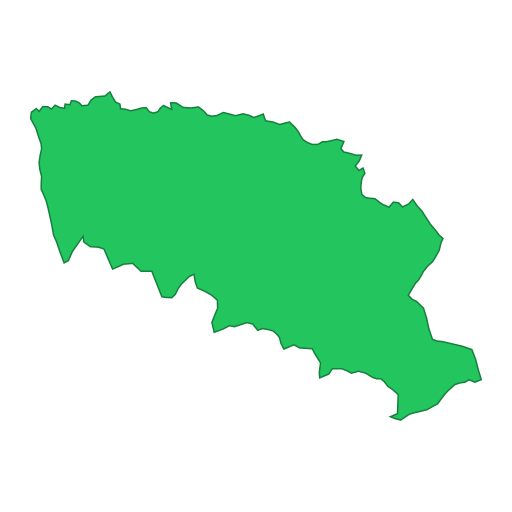 the district of Japorã, Mato Grosso do Sul, Brazil
{"feature_id": "56859067B58863435977493", "entity_name": "Japorã", "entity_type": "district", "adm_level": 2, "iso_a3": "BRA", "parent_name": "Brazil", "parent_adm1": "Mato Grosso do Sul", "projection": "natural_earth1", "projection_center": [-54.53, -23.825], "detail": "fine", "context": "isolated", "style": "filled", "palette": "green", "viewbox_px": 512, "rotation_deg": 0, "n_neighbors": 0, "source": "geoboundaries", "source_scale": "gbopen_adm2", "svg_char_len": 2880}
<svg xmlns="http://www.w3.org/2000/svg" viewBox="0 0 512 512"><path d="M412.8,199.5L408.6,204.0L402.6,207.0L398.6,202.8L393.4,202.1L389.0,207.2L382.4,204.3L379.0,201.9L374.9,198.7L369.4,198.2L365.3,197.5L361.9,194.5L360.8,188.2L361.2,182.4L362.3,177.3L364.9,173.4L363.0,168.0L359.0,170.5L355.2,166.1L359.2,161.0L361.7,155.1L356.0,155.2L350.0,153.4L343.8,152.0L340.9,148.6L343.9,141.5L336.8,139.3L330.9,140.8L326.5,141.7L322.5,141.7L317.9,144.4L312.0,144.4L306.7,142.2L302.9,139.5L300.6,135.9L298.4,131.8L295.3,127.7L289.5,122.0L285.2,123.0L279.7,124.5L273.0,122.0L265.6,120.8L263.2,114.0L259.7,115.5L253.9,117.5L248.7,115.2L243.0,113.8L235.5,115.7L229.0,113.9L223.3,112.5L217.0,115.5L211.9,116.2L207.2,115.0L203.3,110.6L198.3,106.9L191.1,108.0L183.0,107.4L176.1,102.9L170.6,102.8L171.6,109.4L168.0,107.7L163.5,105.5L160.4,108.0L158.1,111.6L153.7,113.1L149.4,111.8L146.2,107.7L141.7,108.0L136.2,109.6L130.7,110.8L125.0,109.1L120.6,108.8L119.9,104.1L115.6,102.1L113.0,97.9L109.9,91.9L105.0,96.0L95.5,96.8L91.0,100.1L88.0,105.2L82.0,105.8L79.2,102.8L75.5,101.1L71.5,100.7L69.9,104.7L65.1,104.1L64.5,108.4L59.8,107.5L55.1,105.2L51.5,109.1L47.8,106.7L42.8,106.6L39.1,111.4L36.3,108.6L31.4,112.2L30.7,118.7L36.0,128.4L38.7,137.1L41.1,143.7L41.6,148.8L40.2,155.1L39.1,162.2L39.7,168.8L41.6,176.5L41.2,183.8L41.2,189.4L43.4,194.1L46.1,200.6L47.9,207.3L49.9,216.3L51.8,225.0L53.6,235.2L56.7,242.2L59.5,250.6L64.1,262.9L68.3,260.7L72.3,251.7L83.1,236.2L83.9,242.1L90.4,246.7L98.0,247.1L103.9,248.9L112.6,269.1L123.6,264.2L132.7,263.4L141.1,271.3L151.8,271.2L161.9,296.8L166.9,297.5L171.7,297.7L175.3,294.4L178.2,288.5L181.4,284.1L189.1,276.6L194.0,274.2L195.2,281.7L197.4,288.0L205.0,291.4L211.5,295.1L217.4,300.2L217.6,308.4L215.2,314.0L211.9,322.4L214.2,332.3L223.3,328.9L229.4,325.7L234.4,326.7L240.5,324.7L246.9,322.6L252.8,324.1L257.7,330.3L262.7,328.6L268.9,329.7L273.4,331.1L276.6,334.0L279.5,337.6L280.9,343.2L283.9,349.1L293.9,344.8L299.6,347.9L306.7,348.4L312.4,348.8L314.2,352.7L320.5,362.8L319.3,372.7L319.7,377.9L328.9,374.0L332.2,368.8L341.5,368.7L346.8,370.7L351.5,373.2L358.6,371.2L365.7,373.2L372.6,377.4L376.9,378.8L381.0,378.8L384.2,381.6L387.9,386.4L392.6,389.5L398.2,394.6L397.5,413.6L390.4,416.7L394.6,418.4L400.7,420.1L409.5,414.1L414.8,412.6L420.2,411.4L427.0,409.7L433.2,406.1L437.7,403.8L440.5,399.8L444.3,394.8L447.5,391.2L454.8,384.6L459.9,382.9L465.0,382.2L469.1,379.7L474.9,382.2L481.3,379.6L478.2,369.6L475.7,359.7L471.9,349.6L462.2,346.2L457.4,345.1L442.0,341.5L437.3,341.1L432.5,339.4L429.0,329.2L427.9,324.3L426.6,318.2L423.5,308.2L416.5,301.4L412.3,299.4L408.3,295.3L412.1,288.7L415.6,283.1L418.4,280.2L421.1,275.8L423.5,271.3L427.8,266.0L432.5,261.8L435.7,256.6L439.2,250.3L441.0,242.7L443.0,238.5L439.4,235.4L435.1,229.8L430.2,224.0L427.4,219.6L424.7,215.5L422.1,211.3L417.4,206.2L412.8,199.5Z" fill="#22c55e" stroke="#15803d" stroke-width="1.5"/></svg>